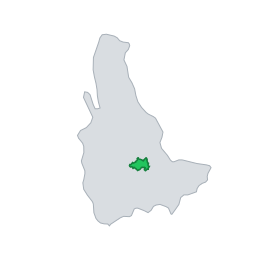 Padre Las Casas, Azua, Dominican Republic shown in context, rotated 249°
{"feature_id": "3306468B62510937127431", "entity_name": "Padre Las Casas", "entity_type": "district", "adm_level": 2, "iso_a3": "DOM", "parent_name": "Dominican Republic", "parent_adm1": "Azua", "projection": "mercator", "projection_center": [-70.907, 18.827], "detail": "fine", "context": "in_parent", "style": "filled", "palette": "green", "viewbox_px": 256, "rotation_deg": 249, "n_neighbors": 0, "source": "geoboundaries", "source_scale": "gbopen_adm2", "svg_char_len": 4602}
<svg xmlns="http://www.w3.org/2000/svg" viewBox="0 0 256 256"><g transform="rotate(249 128 128)"><path d="M43.9,169.0L44.1,159.9L45.5,156.2L44.2,152.3L38.4,148.1L34.8,142.8L31.7,138.0L32.4,137.3L38.7,137.1L40.9,135.4L45.2,130.5L46.0,126.6L45.7,123.7L42.9,120.1L41.8,116.4L45.3,113.2L49.7,108.4L50.3,106.6L50.2,104.8L45.0,99.8L44.7,97.6L47.1,92.2L46.9,88.6L44.4,77.3L43.3,75.6L45.6,74.7L47.1,71.3L49.2,68.3L51.9,66.7L55.0,65.7L61.1,65.8L69.5,68.4L71.9,68.4L80.0,66.0L86.7,64.7L93.0,66.2L95.6,68.2L100.8,71.4L103.5,72.4L111.7,72.3L114.0,72.7L120.9,78.0L126.7,80.1L130.1,80.2L136.2,78.2L139.2,78.2L142.7,82.8L143.3,89.3L146.2,95.2L150.7,99.0L172.5,97.4L177.3,100.5L175.7,103.1L172.6,104.5L162.2,103.9L157.7,104.2L156.8,106.7L156.7,109.1L162.8,109.7L168.8,110.9L174.8,112.8L181.0,114.1L187.9,115.0L194.8,116.3L206.2,121.0L218.8,131.6L222.1,134.0L224.3,137.3L223.3,141.4L218.8,148.0L216.2,150.2L212.5,151.5L210.0,154.2L207.5,158.9L206.0,159.3L204.2,159.1L201.2,156.4L199.1,152.4L193.0,148.6L185.8,149.1L175.1,146.8L168.7,147.9L162.2,148.2L155.6,147.0L149.0,146.6L142.4,148.0L136.0,150.5L133.6,152.0L129.5,155.8L127.3,157.2L111.7,159.2L107.2,156.4L103.0,152.6L97.0,152.0L88.3,155.0L82.8,156.1L80.6,157.3L80.0,158.8L80.0,164.1L78.7,167.3L70.2,179.5L65.4,188.1L63.5,190.7L61.2,191.3L57.0,186.4L54.4,184.6L51.1,183.7L49.7,181.1L49.7,177.3L48.8,173.7L46.8,170.9L43.9,169.0Z" fill="#d9dde1" stroke="#a8b0b8" stroke-width="1"/><path d="M96.6,126.6L96.5,126.4L96.4,126.3L96.4,126.1L96.3,125.9L96.2,125.6L95.7,125.5L95.4,125.4L95.1,125.3L94.7,125.1L94.5,124.9L94.4,124.7L94.3,124.2L94.3,123.9L94.1,123.4L94.0,123.2L93.9,123.2L93.7,123.0L93.5,122.9L93.4,122.9L93.4,122.7L93.5,122.4L93.5,122.2L93.5,121.9L93.4,121.7L93.3,121.4L93.4,120.8L93.3,120.5L93.3,120.4L93.2,120.2L93.3,120.0L93.7,120.0L93.8,120.0L93.8,119.9L93.9,119.7L94.0,119.7L93.9,119.5L93.8,119.4L93.7,119.3L93.7,119.2L93.6,118.9L93.5,118.7L93.4,118.6L93.1,118.4L93.0,118.2L92.9,117.8L92.9,117.6L92.9,117.3L92.9,117.2L93.0,117.1L93.2,116.9L93.3,116.8L93.3,116.7L93.2,116.6L93.0,116.4L92.9,116.4L92.7,116.2L92.4,115.9L92.1,115.9L91.8,115.9L91.5,115.9L91.4,116.0L91.2,116.1L91.0,116.3L90.9,116.4L90.7,116.4L90.5,116.9L90.5,117.0L90.7,117.3L90.7,117.5L90.5,117.8L89.9,118.1L89.6,118.1L89.4,118.2L89.2,118.3L88.9,118.2L88.7,118.1L88.4,118.2L88.4,118.3L88.5,118.4L88.7,118.6L88.8,118.7L88.8,118.9L89.0,119.0L89.2,119.3L89.1,119.5L88.9,119.8L88.8,120.1L88.7,120.1L88.0,120.1L87.9,120.1L87.5,120.3L87.4,120.4L87.2,120.6L87.0,120.9L87.0,121.0L86.9,121.0L86.5,121.1L86.4,121.1L86.2,121.1L86.0,121.3L85.8,121.4L85.6,121.5L85.4,121.7L85.1,121.7L85.0,121.8L84.9,121.8L84.9,122.0L84.9,122.3L84.9,122.5L85.0,122.6L85.1,122.8L85.2,123.0L85.0,123.5L84.9,123.6L85.0,123.9L85.0,124.0L85.1,124.3L85.2,124.5L85.3,124.8L85.4,125.0L85.5,125.1L85.6,125.3L85.7,125.5L85.8,125.7L86.1,126.0L86.3,126.4L86.3,126.6L86.3,126.8L86.3,127.1L86.3,127.3L86.2,127.4L86.1,127.5L85.8,127.6L85.7,127.7L85.7,127.8L85.7,128.2L85.7,128.3L85.6,128.6L85.5,128.9L85.5,129.0L85.4,129.0L85.2,129.2L84.9,129.3L84.8,129.5L84.8,129.8L84.7,129.9L84.4,129.8L84.3,129.7L84.4,129.4L84.2,129.1L84.1,128.9L83.9,128.8L83.8,128.7L83.6,128.6L83.4,128.5L83.3,128.4L83.2,128.3L82.9,128.4L82.8,128.5L82.6,128.7L82.3,128.8L82.2,128.8L81.9,128.9L81.9,129.2L82.0,129.3L82.0,129.5L82.1,129.8L82.3,130.1L82.4,130.3L82.4,130.8L82.5,131.0L82.7,131.3L82.8,131.3L82.8,131.5L82.7,131.6L82.4,131.7L82.3,131.8L82.2,132.1L82.5,132.2L82.9,132.4L83.0,132.4L83.2,132.6L83.3,132.7L83.4,132.8L83.5,132.8L83.7,133.0L83.8,133.1L83.8,133.3L84.1,133.6L84.2,133.8L84.3,133.8L84.3,134.0L84.5,134.2L84.7,133.8L84.8,133.6L85.0,133.4L86.1,133.4L86.3,133.5L86.5,133.6L86.8,133.6L86.9,133.8L87.0,134.0L87.3,134.1L87.5,134.2L87.7,134.4L87.8,134.5L88.0,134.4L88.1,134.2L88.3,134.0L88.3,133.9L88.7,133.9L88.9,133.9L89.0,133.9L89.3,133.8L89.5,134.0L89.8,134.0L90.0,134.0L90.3,134.1L90.5,134.0L90.8,134.0L91.0,134.1L91.3,134.0L91.5,134.1L91.5,134.4L91.5,134.5L91.8,134.6L92.1,134.5L92.1,134.4L92.3,134.4L92.5,134.5L92.8,134.6L93.0,134.5L93.3,134.4L93.5,134.4L93.7,134.1L93.5,133.8L93.5,133.7L93.4,133.5L93.3,133.3L93.2,133.2L93.2,132.9L93.1,132.7L93.0,132.4L92.9,132.2L92.7,132.0L92.6,131.9L92.6,131.5L92.5,131.3L92.5,131.2L92.4,131.2L92.2,131.1L91.9,130.8L91.8,130.7L91.8,130.4L92.0,130.3L92.1,130.2L92.3,130.1L92.6,129.9L92.8,129.8L93.1,129.5L93.2,129.4L93.4,129.4L93.5,129.3L93.5,129.2L93.8,128.8L93.9,128.7L94.3,128.4L94.4,128.2L94.5,128.0L94.6,127.8L94.6,127.7L94.8,127.4L94.9,127.2L95.1,127.0L95.3,126.9L95.6,126.9L95.8,126.9L96.0,127.0L96.3,127.0L96.5,126.9L96.5,126.7L96.6,126.6Z" fill="#22c55e" stroke="#15803d" stroke-width="1.5"/></g></svg>